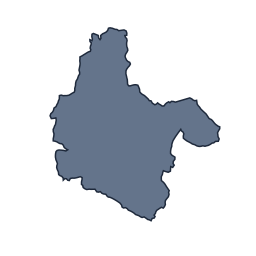 Itu, São Paulo, Brazil (Albers equal-area conic projection), rotated 34°
{"feature_id": "56859067B86457761831209", "entity_name": "Itu", "entity_type": "district", "adm_level": 2, "iso_a3": "BRA", "parent_name": "Brazil", "parent_adm1": "São Paulo", "projection": "albers", "projection_center": [-47.284, -23.298], "detail": "fine", "context": "isolated", "style": "filled", "palette": "slate", "viewbox_px": 256, "rotation_deg": 34, "n_neighbors": 0, "source": "geoboundaries", "source_scale": "gbopen_adm2", "svg_char_len": 3893}
<svg xmlns="http://www.w3.org/2000/svg" viewBox="0 0 256 256"><g transform="rotate(34 128 128)"><path d="M202.0,174.7L202.2,172.9L201.8,170.6L200.3,168.8L199.6,167.2L199.7,164.7L199.9,162.4L199.1,160.0L197.6,158.6L197.2,156.9L194.2,155.7L192.7,155.1L191.0,154.3L189.6,153.7L187.8,153.2L185.1,152.9L183.6,150.9L182.8,149.6L182.5,147.3L181.7,145.5L181.2,143.6L183.1,143.2L186.1,142.2L187.3,140.1L186.1,138.0L185.0,136.1L187.1,135.7L187.1,133.0L185.2,132.2L184.2,130.2L184.4,127.8L183.2,125.9L179.6,126.0L177.5,125.3L176.2,123.3L175.1,120.9L174.6,118.9L173.4,116.9L172.9,115.2L172.4,113.4L172.2,108.7L172.3,103.7L172.5,99.6L173.8,100.5L175.9,100.6L177.5,101.6L178.3,103.7L179.6,105.5L181.4,105.7L184.0,105.8L186.5,105.5L188.4,105.3L190.2,105.3L192.8,104.5L195.2,104.3L197.3,103.5L198.6,102.5L200.0,100.9L202.0,100.1L203.2,98.7L204.3,97.5L205.4,95.5L206.2,93.4L207.4,92.4L208.0,90.2L210.3,88.5L209.7,86.1L207.4,84.8L206.4,83.5L204.9,81.9L204.6,79.7L204.5,77.4L203.4,75.7L201.8,76.1L198.6,76.0L196.8,75.6L194.0,74.7L192.4,74.4L190.0,74.8L187.8,73.9L184.9,72.7L181.4,72.2L177.9,71.6L175.7,70.7L173.6,70.2L172.0,69.5L170.8,68.2L169.4,66.7L168.2,68.0L166.5,68.4L164.5,68.2L162.4,68.5L152.8,80.1L150.9,80.6L149.1,81.6L148.6,83.6L147.1,83.5L146.1,85.4L145.6,87.2L145.5,89.6L144.0,90.7L142.1,90.6L140.4,90.8L138.5,90.6L138.2,92.2L137.3,93.7L134.3,93.8L131.9,92.6L130.4,93.4L128.6,92.7L126.3,92.3L123.5,91.9L121.1,92.1L119.5,92.0L117.6,91.5L115.9,89.4L114.0,88.1L112.2,87.0L110.2,87.8L108.9,88.8L107.6,90.2L106.5,91.6L105.2,92.6L103.3,92.1L101.7,90.0L100.3,88.2L99.1,87.2L98.0,86.1L95.9,84.2L94.3,81.6L94.0,79.6L94.1,77.4L94.4,75.6L94.2,73.6L92.7,72.6L91.0,72.9L89.0,72.6L86.6,71.2L85.3,70.0L84.7,67.8L84.7,65.7L84.4,63.7L83.2,62.4L81.4,61.1L79.8,59.1L79.0,57.7L78.4,56.1L77.0,54.7L75.1,54.2L73.7,53.1L75.1,51.9L74.0,50.0L72.2,48.6L69.9,48.9L68.2,50.4L65.9,52.5L63.7,52.5L62.1,53.4L59.4,54.0L57.1,55.0L56.0,56.2L56.6,58.4L56.3,60.5L55.3,62.5L54.3,64.0L53.6,66.6L55.4,68.8L55.4,70.4L53.4,69.8L51.5,67.9L49.0,68.4L46.4,69.0L45.7,70.4L47.0,72.6L48.8,74.2L49.3,75.7L47.0,76.1L48.2,77.6L49.9,77.9L50.7,79.3L51.1,81.1L52.0,83.0L53.3,83.8L53.9,85.5L52.6,87.1L51.8,88.8L51.1,90.4L50.4,91.9L49.6,93.8L48.4,96.0L49.3,97.2L50.5,99.3L52.1,101.1L53.0,102.7L54.1,105.3L55.0,107.4L56.7,108.8L57.8,110.4L57.7,112.1L58.2,114.0L58.7,115.9L58.7,117.9L59.5,120.1L60.8,122.3L61.7,124.9L62.9,126.6L63.4,128.4L62.4,130.1L60.8,133.7L59.1,135.4L57.6,136.4L56.3,137.4L54.2,138.1L53.0,139.5L54.9,142.5L55.1,144.3L55.8,146.2L56.0,148.6L56.4,150.5L55.5,152.8L56.4,155.2L56.5,157.2L56.0,159.3L56.6,161.5L59.2,163.1L61.1,161.5L62.5,160.0L64.1,161.6L65.2,164.1L65.9,165.6L66.0,167.5L66.5,169.1L66.7,170.9L68.1,172.8L69.9,174.2L71.0,176.2L72.0,178.7L73.2,180.5L75.0,179.7L77.1,179.2L78.7,179.2L80.5,178.9L81.8,178.1L83.9,178.4L86.0,179.8L88.1,180.0L90.2,179.8L89.3,181.8L87.1,182.6L85.2,183.6L83.1,184.8L81.8,186.2L81.5,187.8L82.3,189.8L83.1,191.2L84.1,192.7L86.0,194.6L88.0,195.9L89.5,197.1L90.1,199.1L91.0,200.7L92.5,201.9L94.8,203.3L96.6,205.4L98.4,205.5L100.0,205.1L102.2,205.7L103.5,207.4L103.9,205.3L105.4,204.5L107.3,205.0L108.7,204.4L108.4,202.1L109.8,200.7L111.4,199.7L112.5,198.7L113.8,197.3L115.7,195.0L117.7,194.8L118.7,196.4L119.6,198.7L121.0,200.8L122.5,200.9L124.1,202.4L126.2,202.5L128.2,202.1L130.0,200.4L131.5,199.6L134.9,197.2L137.8,198.4L139.5,197.6L140.7,196.2L142.7,196.7L144.5,196.4L146.7,195.3L148.5,196.1L150.2,196.3L151.6,195.6L153.4,195.2L155.1,195.0L157.4,194.8L159.7,194.7L161.4,194.7L163.1,194.7L165.6,195.4L167.4,196.9L169.0,196.8L170.5,195.4L172.5,195.3L174.2,195.9L176.7,195.4L178.9,195.2L180.6,195.2L182.7,195.5L184.5,195.0L186.1,194.6L188.1,194.6L189.7,194.3L191.1,192.7L193.5,192.7L195.6,192.8L197.0,192.2L199.0,192.0L198.6,189.5L200.1,187.9L199.9,186.2L198.3,185.6L198.5,183.5L197.9,181.8L197.9,180.1L199.2,176.9L200.0,175.1L202.0,174.7Z" fill="#64748b" stroke="#1e293b" stroke-width="1.5"/></g></svg>